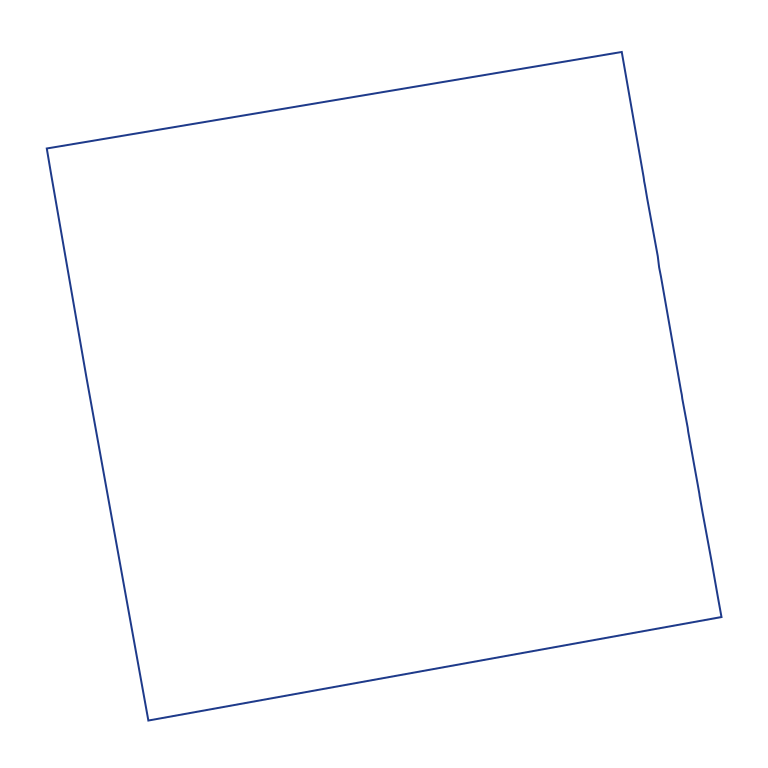 Phillips, Kansas, United States of America (orthographic projection), rotated 80°
{"feature_id": "52423323B79305915428191", "entity_name": "Phillips", "entity_type": "district", "adm_level": 2, "iso_a3": "USA", "parent_name": "United States of America", "parent_adm1": "Kansas", "projection": "orthographic", "projection_center": [-99.306, 39.785], "detail": "fine", "context": "isolated", "style": "outline", "palette": "blue", "viewbox_px": 768, "rotation_deg": 80, "n_neighbors": 0, "source": "geoboundaries", "source_scale": "gbopen_adm2", "svg_char_len": 497}
<svg xmlns="http://www.w3.org/2000/svg" viewBox="0 0 768 768"><g transform="rotate(80 384 384)"><path d="M672.1,92.1L653.0,92.2L624.4,92.2L614.6,92.2L566.5,92.6L557.1,92.6L556.9,92.6L548.9,92.6L546.9,92.5L537.9,92.5L518.6,92.6L483.7,92.7L479.9,92.5L450.2,92.8L446.4,92.6L442.2,92.7L326.4,92.6L316.9,92.8L305.7,92.2L246.9,92.6L233.8,92.5L229.5,92.6L228.1,92.5L225.2,92.4L98.3,92.2L93.5,675.2L120.1,675.4L326.4,675.9L674.5,674.5L672.1,92.1Z" fill="none" stroke="#1e3a8a" stroke-width="2"/></g></svg>